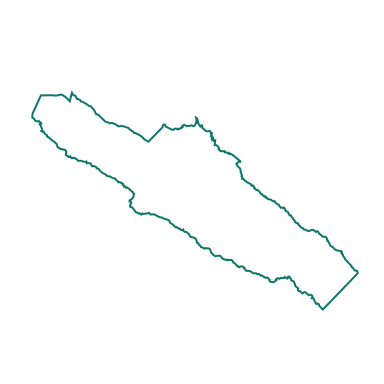 outline of Paclin, Catamarca, Argentina, rotated 314°
{"feature_id": "61730980B62302984984112", "entity_name": "Paclin", "entity_type": "district", "adm_level": 2, "iso_a3": "ARG", "parent_name": "Argentina", "parent_adm1": "Catamarca", "projection": "mercator", "projection_center": [-65.679, -28.096], "detail": "fine", "context": "isolated", "style": "outline", "palette": "teal", "viewbox_px": 384, "rotation_deg": 314, "n_neighbors": 0, "source": "geoboundaries", "source_scale": "gbopen_adm2", "svg_char_len": 6072}
<svg xmlns="http://www.w3.org/2000/svg" viewBox="0 0 384 384"><g transform="rotate(314 192 192)"><path d="M248.3,143.2L247.1,145.0L244.2,147.1L241.9,147.7L240.7,147.5L240.2,147.2L239.7,145.5L237.5,144.0L235.7,142.2L234.7,139.5L232.8,139.2L232.3,140.1L231.4,139.6L230.5,140.0L230.1,139.4L228.4,139.1L227.7,138.0L227.1,138.2L226.7,136.7L226.1,135.9L225.0,135.4L223.7,135.4L222.9,134.3L220.9,128.0L220.8,127.4L221.7,126.0L220.9,124.8L219.3,124.9L218.4,125.7L217.7,125.8L197.9,125.7L196.8,121.2L197.0,118.8L196.6,115.3L195.4,111.0L194.1,109.0L194.7,107.7L194.1,106.5L193.8,104.0L193.9,101.6L191.0,95.9L188.1,93.5L187.7,90.6L186.2,86.5L184.2,85.2L183.9,83.4L183.1,82.3L182.4,80.6L182.5,70.9L181.4,69.1L182.9,64.8L183.4,59.8L182.3,58.1L182.2,56.1L181.0,50.8L179.9,49.1L180.4,47.7L180.1,46.2L179.0,44.6L180.3,41.2L179.4,40.0L179.4,38.7L180.0,36.7L172.4,41.0L172.5,35.6L171.7,31.0L170.3,29.4L168.0,28.2L165.5,25.7L164.5,24.2L156.5,16.2L137.6,22.9L134.6,25.4L135.0,28.1L134.4,29.3L134.6,30.4L135.3,31.8L136.7,32.5L136.6,34.7L136.9,35.5L136.4,36.1L135.0,35.4L134.5,37.4L132.9,40.8L132.3,41.4L131.2,41.1L131.1,41.5L131.7,43.0L132.3,43.4L131.6,46.2L132.1,47.9L131.9,48.6L131.3,49.0L131.9,51.9L131.6,52.6L132.2,55.1L131.9,55.7L132.6,58.1L132.4,60.4L132.7,61.0L131.0,63.9L130.9,64.9L131.4,65.5L131.5,67.6L132.6,68.5L132.7,69.5L134.0,71.1L134.2,72.7L132.9,74.4L131.3,75.2L130.9,76.0L131.5,77.4L131.4,78.1L131.8,78.5L131.6,79.0L132.1,79.6L133.0,79.7L132.7,80.4L132.9,82.1L133.4,82.1L133.7,82.8L134.8,83.5L134.8,84.8L135.6,85.4L135.3,88.3L137.4,90.6L138.5,92.9L139.8,94.4L140.0,94.9L139.7,95.9L140.2,95.7L139.9,96.3L141.9,98.8L142.1,99.6L141.1,101.8L141.2,102.5L142.4,103.2L143.4,105.9L142.8,107.0L143.8,108.5L143.4,110.7L143.6,114.6L144.7,117.9L144.4,118.6L144.7,120.1L146.0,121.8L147.0,125.4L148.3,127.3L147.9,129.5L148.2,131.0L147.8,132.3L148.9,133.1L149.1,134.3L149.6,134.8L149.5,135.6L149.9,136.5L148.9,137.3L149.4,139.1L148.9,139.6L149.3,139.7L149.6,140.4L149.3,141.7L150.1,142.2L150.1,143.1L150.7,144.4L150.4,145.3L150.8,149.6L150.4,150.3L150.6,151.6L149.7,151.9L147.2,153.6L144.0,153.5L143.5,153.0L142.4,153.0L141.7,153.9L142.3,154.7L142.0,155.9L140.3,156.2L139.8,156.9L138.7,157.2L138.5,158.4L139.2,159.4L139.3,160.6L138.9,163.7L138.5,164.4L138.6,165.7L139.3,167.2L139.4,168.5L140.2,168.9L140.5,171.2L142.0,171.1L142.2,172.3L144.2,173.5L145.2,174.6L146.8,175.3L147.2,176.1L147.0,177.0L147.2,178.2L149.0,179.5L150.2,181.7L150.6,184.0L152.0,187.2L152.8,188.2L152.9,189.2L155.4,194.3L155.5,196.2L154.9,196.6L154.7,198.0L155.3,201.0L155.2,204.5L156.1,205.2L156.1,206.4L156.8,208.0L156.6,208.5L157.2,209.1L157.3,210.8L158.0,211.8L158.9,211.9L158.2,212.9L158.2,214.2L159.4,216.0L159.6,218.9L158.7,221.8L159.4,223.5L160.6,225.0L160.9,226.8L160.3,228.9L159.0,230.6L159.1,231.7L159.6,232.2L158.8,233.6L159.2,234.9L158.6,236.7L159.5,238.4L159.9,240.4L161.1,240.6L161.8,242.0L162.6,242.5L163.3,244.3L163.1,245.3L161.7,247.8L161.7,252.3L162.0,253.4L163.9,254.6L165.7,256.6L165.3,260.7L165.8,261.1L166.1,262.4L166.9,263.9L167.9,264.2L167.9,265.0L170.6,267.6L170.7,268.8L169.9,270.8L170.3,271.5L170.5,273.0L170.2,274.1L170.5,275.9L170.2,276.3L170.5,276.6L170.4,277.8L170.7,278.3L171.9,278.4L173.7,280.3L173.8,282.5L173.1,282.8L173.4,283.4L173.0,285.9L174.2,286.9L174.8,287.8L175.8,290.0L175.7,290.8L176.5,293.2L177.9,294.3L178.3,296.3L179.5,297.0L179.6,299.5L180.4,300.3L180.9,301.9L180.9,303.3L181.4,303.8L181.4,304.5L182.9,305.8L182.8,308.8L181.8,309.4L181.8,310.6L183.7,313.2L186.2,313.9L186.7,313.5L187.4,313.8L187.7,313.1L189.4,313.4L190.4,315.3L191.4,315.3L194.0,317.9L195.4,317.8L195.7,320.5L197.0,320.6L197.5,320.1L198.0,320.0L198.4,320.2L198.8,321.2L198.1,322.2L198.2,323.6L197.3,324.9L198.1,326.3L198.3,327.6L197.1,330.3L196.2,331.3L196.4,335.5L195.1,336.2L194.8,337.2L195.7,338.7L195.7,341.9L197.9,342.3L198.3,342.7L198.8,344.2L198.8,347.4L200.2,348.3L200.9,350.3L200.3,351.6L198.8,351.9L199.9,353.3L198.2,357.2L197.9,359.4L199.1,359.8L199.3,361.4L198.6,362.4L198.3,367.8L248.5,367.7L249.9,366.0L249.7,364.9L248.7,363.8L249.2,359.8L248.8,359.0L249.5,358.2L249.6,357.4L250.0,348.6L250.5,348.0L250.9,345.4L251.8,343.7L251.6,342.6L252.0,341.8L252.4,342.1L252.9,341.8L253.1,340.3L251.4,337.8L250.9,337.4L250.0,335.0L250.1,331.3L249.4,329.1L251.0,325.1L250.8,323.6L251.5,323.3L251.5,322.1L252.4,321.1L252.5,319.8L252.3,319.0L250.9,317.4L250.4,312.3L251.1,309.8L250.5,309.2L249.6,309.1L249.2,308.1L249.0,305.4L247.3,304.1L246.0,303.8L244.4,302.4L243.9,300.2L242.7,298.2L243.0,297.2L242.8,296.1L242.1,295.2L242.6,292.4L242.4,291.1L242.6,290.5L243.1,290.2L242.2,288.4L242.0,287.0L242.6,286.5L242.8,283.3L243.4,282.6L243.3,280.7L243.9,279.5L243.0,278.3L244.2,275.0L243.5,272.2L244.5,270.4L244.7,269.1L244.0,269.0L243.1,267.3L242.6,267.0L242.8,266.7L242.4,265.2L243.1,263.3L242.7,262.4L242.3,258.9L242.8,257.6L241.5,256.4L241.3,254.5L240.6,252.8L239.8,252.1L239.6,251.1L240.0,250.0L239.4,249.3L239.8,248.1L239.2,248.1L239.1,246.2L238.6,245.4L239.1,243.9L238.5,243.2L238.8,241.1L239.2,239.9L238.9,238.4L239.0,237.4L238.3,237.0L238.1,236.3L238.0,234.1L238.7,233.9L238.8,232.3L239.2,231.7L239.1,231.2L237.8,230.5L238.5,228.8L237.0,224.3L237.4,223.4L236.8,221.6L237.1,219.4L236.4,218.8L237.4,218.2L237.8,216.5L238.5,216.5L238.9,216.1L240.0,213.3L240.8,213.0L240.9,212.2L242.3,210.4L242.3,206.4L242.9,205.6L242.8,204.8L243.5,204.6L243.5,204.3L245.6,204.5L246.8,205.1L247.1,205.7L247.7,205.1L247.2,200.2L247.4,199.9L247.0,198.1L247.1,196.0L246.6,195.5L246.7,194.9L246.2,193.0L245.5,192.9L245.6,191.4L245.0,191.6L244.7,189.8L243.5,188.4L243.4,188.0L244.1,187.3L241.1,184.0L241.3,183.2L241.0,181.7L241.2,181.3L242.0,181.3L242.6,180.2L242.8,177.8L242.5,176.9L241.5,175.8L245.3,172.8L244.7,172.2L244.2,172.4L243.8,172.1L243.9,171.4L243.6,170.7L244.9,170.6L245.3,169.8L244.2,169.1L244.8,168.3L245.7,168.5L245.5,166.8L246.5,166.9L246.9,166.2L247.9,165.7L247.2,164.8L248.0,164.4L248.2,162.5L246.3,160.7L245.3,159.0L245.6,158.1L245.3,154.9L246.8,153.2L246.9,152.7L245.9,152.2L244.9,152.4L245.8,148.4L246.6,147.7L247.7,145.8L248.5,144.1L248.3,143.2Z" fill="none" stroke="#0f766e" stroke-width="2"/></g></svg>